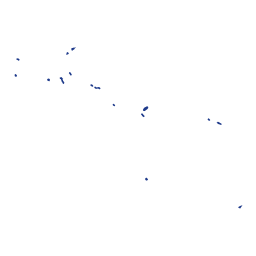 an SVG outline of Tuamotu-Gambier
{"feature_id": "PYF-4965", "entity_name": "Tuamotu-Gambier", "entity_type": "state/province", "adm_level": 1, "iso_a3": "PYF", "parent_name": "French Polynesia", "parent_adm1": "", "projection": "albers", "projection_center": [-142.294, -18.652], "detail": "medium", "context": "isolated", "style": "filled", "palette": "blue", "viewbox_px": 256, "rotation_deg": 0, "n_neighbors": 0, "source": "natural_earth", "source_scale": "10m", "svg_char_len": 1775}
<svg xmlns="http://www.w3.org/2000/svg" viewBox="0 0 256 256"><path d="M146.5,108.9L145.7,109.3L144.7,110.2L144.2,110.3L143.8,110.2L143.7,110.0L144.0,109.3L144.7,108.3L147.0,107.1L147.4,107.2L147.5,107.5L147.4,107.9L146.5,108.9ZM146.0,178.7L146.3,178.5L146.6,178.7L147.1,179.5L146.7,179.8L146.2,179.6L145.9,179.2L146.0,178.7ZM48.2,79.4L48.7,79.3L49.0,79.5L49.2,79.9L49.0,80.4L48.1,80.1L47.9,79.8L48.2,79.4ZM63.9,83.4L63.5,83.2L63.1,82.2L62.6,81.7L62.2,80.9L62.0,79.9L61.7,79.5L61.5,78.7L61.7,79.4L62.2,80.1L62.5,81.4L63.3,82.2L63.7,83.2L63.9,83.4ZM15.9,76.0L15.5,75.8L15.4,75.4L15.4,75.0L15.6,74.9L16.2,75.7L16.2,75.8L15.9,76.0ZM71.7,50.3L72.5,49.4L73.2,49.0L73.6,48.6L71.6,49.1L72.3,48.7L73.1,48.7L73.7,48.4L73.8,48.5L73.7,48.8L72.5,49.5L71.7,50.3ZM144.0,116.7L143.5,116.1L142.7,115.5L142.4,114.7L141.4,113.9L142.2,114.3L142.7,115.1L143.8,116.2L144.0,116.7ZM239.4,207.2L239.7,207.2L240.3,206.7L240.6,206.6L239.9,207.6L239.3,207.3L239.4,207.2ZM18.9,60.3L18.2,59.5L17.8,59.3L16.6,59.0L18.1,59.2L18.7,59.6L18.9,60.3ZM100.1,88.8L98.9,88.0L97.2,88.0L98.7,87.8L99.1,87.9L100.1,88.8ZM209.6,120.5L208.0,118.8L208.9,119.5L209.4,120.1L209.6,120.5ZM71.1,75.3L70.8,74.5L69.8,73.1L69.3,72.7L69.7,72.8L70.0,73.1L70.9,74.5L71.1,75.3ZM92.6,86.5L92.1,85.7L91.5,85.3L90.6,84.9L91.8,85.2L92.4,85.8L92.6,86.5ZM220.6,124.6L220.6,124.2L220.4,124.0L219.5,123.6L218.4,122.8L218.2,122.7L218.1,123.0L217.9,122.8L218.2,122.7L218.8,122.9L219.5,123.5L220.4,123.9L220.8,124.2L220.6,124.6ZM114.0,105.9L114.2,105.5L113.0,104.3L114.0,105.0L114.3,105.5L114.0,105.9ZM61.5,78.2L59.9,78.3L61.2,77.9L61.5,78.2ZM68.4,53.0L67.9,53.5L67.2,53.8L67.2,53.6L67.7,52.3L67.3,53.6L67.7,53.5L68.4,53.0ZM96.9,88.2L96.0,88.1L94.6,87.2L95.2,87.4L96.2,88.1L96.9,88.2Z" fill="#3b82f6" stroke="#1e3a8a" stroke-width="1.5"/></svg>